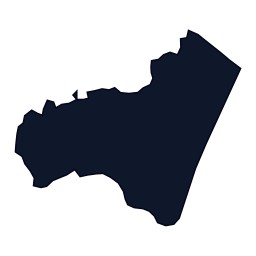 Maracajá, Santa Catarina, Brazil (Albers equal-area conic projection)
{"feature_id": "56859067B94572130749254", "entity_name": "Maracajá", "entity_type": "district", "adm_level": 2, "iso_a3": "BRA", "parent_name": "Brazil", "parent_adm1": "Santa Catarina", "projection": "albers", "projection_center": [-49.469, -28.863], "detail": "fine", "context": "isolated", "style": "filled", "palette": "ink", "viewbox_px": 256, "rotation_deg": 0, "n_neighbors": 0, "source": "geoboundaries", "source_scale": "gbopen_adm2", "svg_char_len": 1020}
<svg xmlns="http://www.w3.org/2000/svg" viewBox="0 0 256 256"><path d="M240.6,68.5L229.3,60.0L225.2,56.5L220.9,52.9L204.0,39.5L198.1,34.7L188.5,30.4L186.8,37.8L180.6,38.8L180.9,47.4L177.5,54.8L170.0,52.3L163.4,54.9L158.6,59.4L151.6,60.7L151.0,66.7L151.3,72.6L153.0,78.3L150.2,84.7L143.1,88.0L137.9,92.5L129.1,93.5L120.6,92.7L114.7,87.7L109.1,89.9L102.1,88.9L94.4,90.9L87.2,92.2L88.5,98.3L83.2,99.5L76.8,99.5L69.1,103.4L61.8,104.4L55.7,107.9L53.6,102.1L47.3,100.3L43.5,109.2L42.4,115.3L37.3,113.3L31.7,110.2L24.7,115.7L23.2,123.1L18.5,126.8L17.1,133.7L16.0,143.9L15.4,151.9L22.2,156.5L24.9,163.8L30.3,170.9L34.3,178.0L33.5,185.7L41.0,187.5L46.6,186.3L52.8,180.5L66.7,174.8L74.8,169.6L80.1,176.6L87.4,175.0L96.0,173.8L103.0,173.4L110.8,177.4L118.4,183.0L123.5,191.4L125.4,199.4L127.8,204.7L134.2,207.6L142.9,208.6L149.1,211.1L154.4,216.0L157.6,222.6L165.7,225.6L173.8,224.2L179.2,218.2L195.5,168.4L205.9,144.0L240.6,68.5ZM76.8,99.5L76.8,91.1L73.0,95.1L76.8,99.5Z" fill="#0f172a" stroke="#020617" stroke-width="1.5"/></svg>